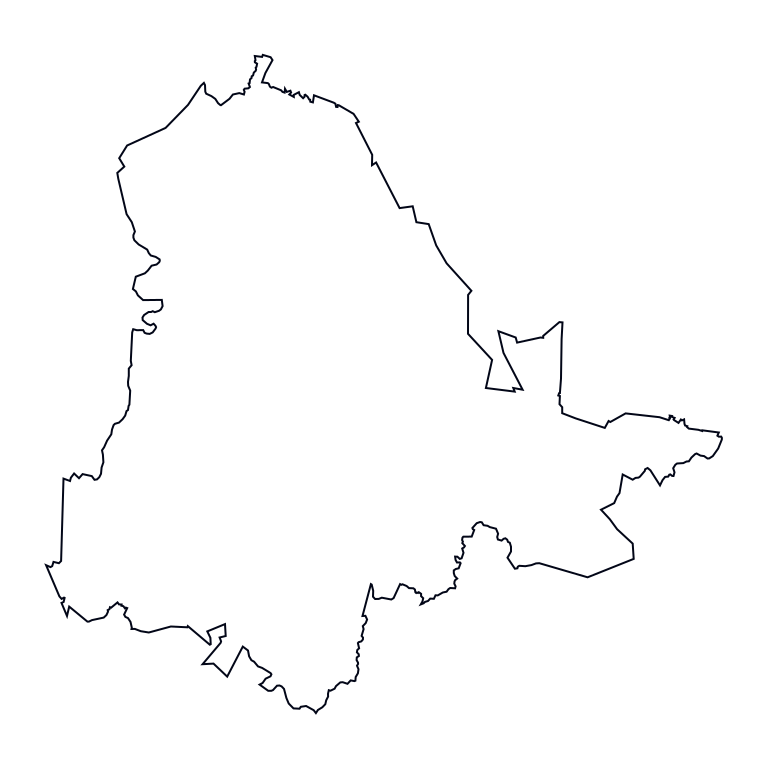 Buenavista de Cuéllar, Guerrero, Mexico (Natural Earth projection)
{"feature_id": "50627088B77464015235470", "entity_name": "Buenavista de Cuéllar", "entity_type": "district", "adm_level": 2, "iso_a3": "MEX", "parent_name": "Mexico", "parent_adm1": "Guerrero", "projection": "natural_earth1", "projection_center": [-99.405, 18.469], "detail": "fine", "context": "isolated", "style": "outline", "palette": "ink", "viewbox_px": 768, "rotation_deg": 0, "n_neighbors": 0, "source": "geoboundaries", "source_scale": "gbopen_adm2", "svg_char_len": 6037}
<svg xmlns="http://www.w3.org/2000/svg" viewBox="0 0 768 768"><path d="M718.8,432.5L702.3,430.3L702.2,431.0L698.4,429.8L688.8,428.6L687.0,427.0L687.3,426.2L685.1,425.5L684.5,423.9L684.1,419.4L681.9,420.4L680.9,419.5L678.5,422.9L674.1,420.1L673.6,419.5L674.6,417.9L671.7,416.8L672.0,416.0L669.7,415.6L670.0,418.0L669.3,418.2L669.6,419.0L668.8,420.2L659.5,417.2L625.6,413.4L610.3,422.0L608.6,421.0L604.8,427.9L575.7,418.4L562.2,413.2L562.2,407.2L559.5,404.2L559.9,396.0L558.3,395.5L559.1,393.2L559.9,393.1L561.0,378.7L561.6,339.1L562.5,322.4L559.4,322.1L543.2,335.9L543.2,337.8L540.5,337.5L517.1,342.6L515.7,337.5L498.4,331.2L503.5,352.9L522.6,389.7L513.3,388.0L514.7,391.6L485.9,388.0L492.1,359.9L468.0,333.8L468.1,294.9L471.4,290.8L446.6,263.3L436.2,245.4L428.7,224.1L416.4,222.2L412.7,206.3L399.6,208.1L376.1,162.5L372.0,165.2L372.2,154.8L356.0,123.0L358.8,121.7L353.6,113.9L338.9,105.3L337.8,105.1L337.5,107.0L336.1,106.9L335.4,103.7L333.8,102.7L314.0,95.3L312.9,102.4L310.3,101.7L310.1,99.7L309.2,99.5L307.6,96.7L305.3,94.7L304.6,95.0L304.5,96.8L303.1,98.2L299.7,94.9L298.9,92.2L293.7,94.9L293.8,96.9L289.3,94.5L291.1,92.5L290.4,90.7L286.8,91.9L285.0,88.8L284.6,92.6L282.5,91.9L281.1,90.3L273.1,87.0L271.4,87.7L269.9,86.6L268.8,83.9L267.8,83.1L262.0,82.4L265.4,73.0L272.5,60.1L270.6,57.2L262.8,54.9L262.1,56.9L254.8,56.0L255.5,60.2L254.8,61.1L254.9,62.3L257.1,63.7L256.5,66.8L255.7,67.7L256.1,69.5L255.7,70.8L253.8,72.6L253.1,75.4L251.7,76.3L251.5,78.1L250.0,79.4L249.6,83.1L248.6,83.5L249.9,87.0L248.4,88.3L244.6,88.7L243.8,89.9L244.6,91.8L243.9,94.5L239.3,93.1L232.9,94.5L229.5,98.8L221.0,105.2L220.4,105.1L218.1,103.2L215.3,98.9L211.4,96.1L206.2,93.7L205.3,91.7L205.0,85.1L203.9,82.9L200.8,85.8L188.0,104.9L165.6,127.9L127.1,145.5L119.2,158.2L124.3,166.6L117.3,172.9L118.3,178.8L126.6,214.2L131.8,222.2L134.9,231.5L133.4,235.1L133.4,237.6L134.4,240.3L138.7,244.5L147.2,249.6L148.8,253.1L150.8,255.5L155.7,256.9L159.6,259.4L159.8,260.8L159.2,262.2L156.6,264.5L151.6,265.7L147.8,270.6L144.9,273.3L135.8,276.7L132.9,289.0L135.9,291.4L137.9,295.4L143.1,300.1L161.8,299.9L162.6,306.1L160.9,309.4L159.0,310.8L154.8,312.2L152.7,311.2L151.1,312.0L148.6,312.0L144.1,315.0L142.5,317.5L142.7,320.1L147.0,323.8L150.6,325.3L153.6,323.7L155.4,325.7L156.1,327.1L155.6,328.5L152.7,332.4L149.7,333.9L146.7,333.6L144.6,332.8L143.2,330.1L136.8,330.2L133.2,329.2L132.2,332.4L130.8,360.9L131.6,365.2L128.8,368.6L128.8,375.9L128.0,381.9L128.2,385.8L130.2,390.6L129.4,404.7L128.6,405.9L128.0,410.0L126.5,411.1L125.2,415.6L122.6,419.2L119.0,422.6L114.9,423.8L113.6,425.1L112.0,429.6L111.3,434.3L107.1,440.6L104.1,447.3L102.0,450.3L102.9,454.6L103.4,462.3L101.6,467.5L101.0,473.8L99.3,477.2L97.0,479.4L94.5,479.8L91.8,476.1L82.6,474.1L79.0,478.2L74.1,473.5L70.9,477.7L70.0,481.0L63.5,478.6L61.1,561.0L58.9,563.2L53.5,561.9L52.2,566.1L50.5,567.1L46.1,565.2L59.4,596.4L61.6,598.9L64.0,597.6L64.6,597.9L63.6,602.0L61.5,602.9L67.0,616.0L69.2,606.6L87.4,621.6L88.9,621.6L92.0,620.1L103.7,617.6L106.4,615.1L108.0,611.7L107.7,610.1L109.4,609.3L110.0,607.2L111.1,607.7L117.5,602.4L119.0,604.4L121.6,604.5L121.4,605.7L123.4,606.2L124.9,608.3L125.8,607.6L127.2,608.1L124.1,614.6L125.4,616.9L128.0,618.1L130.5,621.9L131.8,627.6L131.5,629.0L134.8,628.9L140.8,631.2L148.8,632.5L170.9,626.5L187.4,627.3L187.8,626.1L209.8,644.7L210.7,644.2L210.4,637.8L207.3,631.4L225.0,624.1L225.7,636.0L219.6,637.5L221.1,641.4L220.6,642.9L202.6,664.2L213.5,663.6L227.2,676.6L242.8,646.6L248.0,650.5L249.1,656.3L251.4,660.2L254.1,661.7L258.0,666.4L262.1,667.9L270.6,673.1L271.4,674.3L270.5,676.3L265.6,678.7L262.6,683.0L259.6,684.6L268.2,690.8L271.3,690.8L273.0,690.1L277.0,685.7L279.5,685.5L281.6,686.4L284.0,688.9L286.4,698.0L288.7,703.5L293.5,708.4L299.5,708.7L300.8,706.8L306.1,706.0L313.7,710.2L315.9,713.1L317.9,710.0L322.3,707.3L325.3,704.2L326.2,700.3L328.1,696.6L328.0,693.8L328.8,690.2L330.5,690.7L334.6,688.7L336.0,686.1L340.3,682.4L342.7,682.2L347.5,683.8L350.7,680.4L354.4,681.1L355.4,680.7L355.7,677.0L357.9,673.3L358.5,669.2L357.0,665.7L358.1,663.9L358.0,662.6L356.6,660.1L356.8,657.4L358.9,656.0L358.7,654.2L356.9,652.3L357.3,650.0L359.1,648.3L357.9,643.1L358.6,642.2L361.3,641.4L362.9,639.5L363.0,637.6L361.6,635.9L363.6,629.1L362.8,626.1L365.7,623.1L367.1,619.5L365.4,615.8L362.5,616.0L370.9,584.1L371.7,584.6L373.2,590.8L373.0,596.7L375.1,599.0L378.8,598.9L381.8,597.7L391.3,599.5L393.6,598.1L400.1,584.1L401.3,584.8L402.5,584.3L406.6,586.0L409.0,588.1L413.4,588.3L414.9,589.5L415.4,592.3L416.2,593.0L416.9,592.5L418.0,593.0L418.8,592.2L421.1,593.8L421.1,596.2L423.2,598.2L422.5,601.4L420.8,604.4L423.6,603.3L425.0,601.9L428.0,601.0L430.2,598.6L433.9,598.8L435.5,595.3L437.8,595.4L442.8,592.5L446.6,591.7L448.5,589.1L450.2,588.0L455.1,588.3L455.6,586.3L454.3,583.7L454.5,581.6L455.1,580.2L457.2,578.6L454.7,576.0L453.8,573.1L453.8,570.4L455.8,569.0L458.7,568.3L460.6,563.2L459.9,562.4L457.0,562.5L455.6,560.0L455.1,556.6L457.4,556.7L459.8,558.9L461.6,558.3L463.5,552.8L462.2,548.5L464.0,547.4L464.9,546.0L462.3,543.1L462.9,541.7L462.1,540.0L462.5,537.6L463.3,536.7L471.7,536.6L474.2,530.0L472.8,529.1L472.4,528.0L476.7,523.2L480.1,522.0L481.8,522.3L483.6,525.2L487.6,525.8L489.8,527.1L496.0,528.7L498.1,533.7L497.2,537.0L497.9,539.5L501.6,540.6L503.6,538.8L505.4,538.3L507.2,539.7L508.0,541.9L509.8,542.7L511.0,546.7L511.0,551.5L507.5,557.7L514.9,568.7L517.4,568.3L517.8,566.7L519.3,565.8L525.3,566.2L531.4,565.1L536.0,563.4L539.3,563.2L587.6,577.3L633.7,558.9L632.7,543.6L617.1,529.2L609.8,519.2L601.0,509.7L614.2,503.1L617.0,496.6L619.5,493.1L622.7,474.5L632.7,479.7L635.5,477.9L638.5,477.6L639.9,476.7L644.8,470.9L645.1,469.3L647.6,468.0L650.4,470.3L660.0,485.4L662.5,480.2L665.1,476.9L668.2,476.6L669.3,474.7L670.3,474.4L672.1,475.9L673.5,476.0L674.5,472.3L673.2,468.2L675.3,464.8L677.0,463.5L683.3,463.1L686.5,461.5L688.9,461.3L691.4,457.6L695.1,454.1L696.6,453.5L700.5,455.6L704.1,456.1L707.5,458.5L709.2,458.4L712.8,456.1L718.2,448.5L721.8,439.6L721.9,437.9L721.2,436.6L718.9,436.7L717.4,435.7L718.8,432.5Z" fill="none" stroke="#020617" stroke-width="2"/></svg>